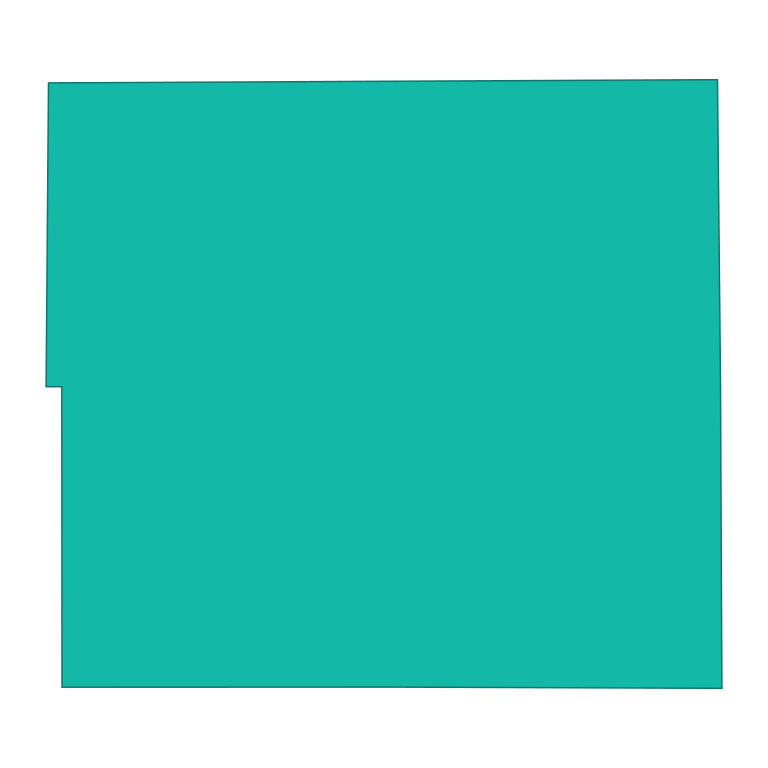 Delaware, Iowa, United States of America (Robinson projection)
{"feature_id": "52423323B18552254627235", "entity_name": "Delaware", "entity_type": "district", "adm_level": 2, "iso_a3": "USA", "parent_name": "United States of America", "parent_adm1": "Iowa", "projection": "robinson", "projection_center": [-91.343, 42.471], "detail": "fine", "context": "isolated", "style": "filled", "palette": "teal", "viewbox_px": 768, "rotation_deg": 0, "n_neighbors": 0, "source": "geoboundaries", "source_scale": "gbopen_adm2", "svg_char_len": 246}
<svg xmlns="http://www.w3.org/2000/svg" viewBox="0 0 768 768"><path d="M721.9,688.3L721.2,537.3L720.5,383.2L717.5,79.7L48.5,82.9L46.1,386.7L61.8,386.7L62.0,687.2L392.3,687.1L721.9,688.3Z" fill="#14b8a6" stroke="#0f766e" stroke-width="1.5"/></svg>